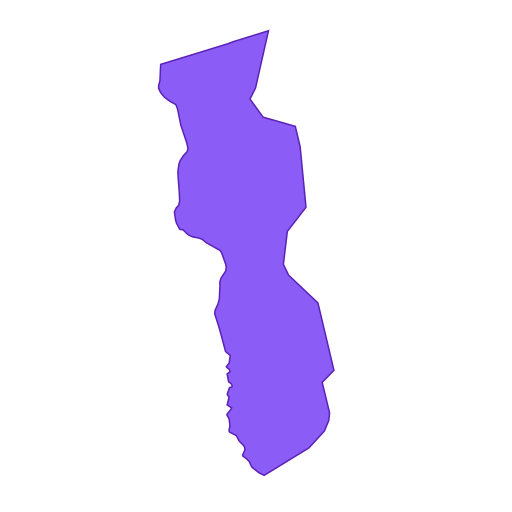 the district of Grand Isle, Vermont, United States of America, rotated 344°
{"feature_id": "52423323B86601759690165", "entity_name": "Grand Isle", "entity_type": "district", "adm_level": 2, "iso_a3": "USA", "parent_name": "United States of America", "parent_adm1": "Vermont", "projection": "natural_earth1", "projection_center": [-73.344, 44.789], "detail": "fine", "context": "isolated", "style": "filled", "palette": "violet", "viewbox_px": 512, "rotation_deg": 344, "n_neighbors": 0, "source": "geoboundaries", "source_scale": "gbopen_adm2", "svg_char_len": 1560}
<svg xmlns="http://www.w3.org/2000/svg" viewBox="0 0 512 512"><g transform="rotate(344 256 256)"><path d="M203.4,469.1L254.1,455.0L273.6,443.0L280.6,434.2L283.5,427.1L284.8,395.7L299.4,387.4L302.6,318.2L282.1,283.5L280.0,271.6L292.9,241.0L317.5,222.9L328.6,162.9L329.5,142.2L301.1,124.5L293.5,103.5L301.9,94.3L330.1,42.9L293.4,43.7L287.2,44.2L217.2,45.5L211.9,61.2L209.5,65.1L208.6,67.7L209.0,70.9L209.9,74.1L211.9,78.3L216.0,83.7L220.4,88.1L220.8,89.1L221.1,93.1L219.8,109.4L220.6,127.6L220.3,133.7L218.7,136.6L217.4,137.4L213.6,139.7L209.3,143.5L207.4,146.2L206.0,149.2L204.3,153.0L202.9,158.5L199.7,174.1L197.8,182.0L195.6,186.0L192.8,187.6L189.7,191.1L188.6,198.9L188.6,202.5L190.0,209.1L190.6,209.7L193.1,210.7L196.1,216.0L197.3,217.5L200.3,220.1L206.0,223.0L208.3,224.7L209.4,225.8L211.9,229.6L222.9,240.7L223.7,243.0L224.0,245.9L224.6,255.7L224.2,259.1L222.7,262.1L216.3,267.6L214.2,270.7L213.0,275.2L208.8,287.4L206.3,291.5L201.7,296.9L200.4,300.2L200.8,315.5L200.4,339.5L203.6,344.2L203.6,345.0L200.6,351.6L197.0,354.2L197.3,355.2L199.0,357.5L199.2,360.2L196.3,361.1L195.7,361.6L195.0,369.4L197.0,372.0L197.3,374.4L196.6,375.3L194.8,375.1L194.0,375.5L190.3,380.8L190.4,382.3L191.1,383.5L191.1,384.4L187.2,391.2L190.7,395.3L189.8,396.3L184.5,400.1L184.2,400.9L185.2,405.1L184.7,409.0L184.1,412.1L182.1,416.0L181.9,417.2L182.2,418.2L187.4,423.0L189.0,429.6L191.9,434.9L192.3,437.2L192.0,438.9L191.1,440.4L188.3,443.5L188.2,444.7L191.2,448.6L192.8,451.6L193.8,457.8L199.1,465.3L203.4,469.1Z" fill="#8b5cf6" stroke="#5b21b6" stroke-width="1.5"/></g></svg>